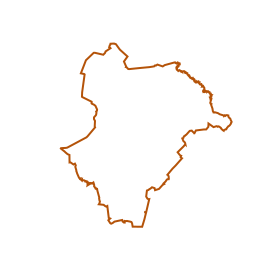 the district of Aizputes pag., Aizputes, Latvia, rotated 312°
{"feature_id": "27541924B9669965867606", "entity_name": "Aizputes pag.", "entity_type": "district", "adm_level": 2, "iso_a3": "LVA", "parent_name": "Latvia", "parent_adm1": "Aizputes", "projection": "orthographic", "projection_center": [21.546, 56.696], "detail": "fine", "context": "isolated", "style": "outline", "palette": "amber", "viewbox_px": 256, "rotation_deg": 312, "n_neighbors": 0, "source": "geoboundaries", "source_scale": "gbopen_adm2", "svg_char_len": 5839}
<svg xmlns="http://www.w3.org/2000/svg" viewBox="0 0 256 256"><g transform="rotate(312 128 128)"><path d="M190.0,201.0L190.4,200.8L191.2,200.9L191.8,201.3L192.4,201.4L192.8,201.9L194.2,201.5L196.5,201.4L197.1,201.7L198.0,201.8L200.0,201.6L200.8,201.1L201.3,201.2L202.0,200.8L202.6,199.1L203.4,197.7L203.3,196.1L203.6,195.1L204.4,194.2L204.1,193.9L204.0,193.3L203.2,192.3L202.1,192.2L202.0,191.3L201.0,191.3L201.2,190.7L201.0,189.8L200.8,189.6L199.6,187.0L199.2,184.8L197.8,182.0L197.1,181.7L196.9,181.3L197.1,181.2L197.1,180.5L197.3,179.8L199.0,177.7L200.5,174.9L201.1,173.9L201.6,173.9L201.4,173.0L201.7,172.3L202.6,172.0L203.5,171.2L204.2,171.1L205.5,170.4L204.8,169.7L205.3,169.1L205.5,168.6L205.8,168.9L206.6,168.3L206.7,168.6L206.6,168.9L206.8,168.9L207.5,168.7L207.6,168.3L208.4,168.2L207.8,167.5L207.9,167.2L208.4,167.2L208.3,166.7L208.7,166.5L208.6,166.4L208.7,166.0L208.4,165.9L208.4,165.7L209.0,164.9L208.6,164.7L208.7,164.3L208.9,164.2L209.0,163.9L208.6,163.3L208.9,163.0L208.9,162.8L208.4,162.4L208.2,162.9L208.0,162.5L207.7,162.5L207.9,162.2L207.9,161.9L207.5,161.9L207.4,161.1L207.1,161.1L206.9,161.3L206.5,160.9L206.3,161.1L205.9,160.9L205.8,160.6L205.9,160.4L205.4,160.1L205.5,160.0L205.3,159.6L205.6,159.1L206.4,158.8L207.3,159.1L207.3,158.9L207.9,158.9L208.0,158.6L208.3,158.5L208.6,158.0L209.0,157.7L209.1,157.0L209.2,156.7L209.4,156.0L209.4,155.8L209.2,155.8L209.3,155.6L208.7,155.3L209.3,155.1L209.1,154.8L209.2,154.5L209.0,154.4L209.7,153.1L209.4,152.9L209.0,153.0L209.0,152.7L208.5,152.1L208.9,151.0L209.6,150.7L209.0,150.2L209.6,149.6L209.2,149.3L209.5,148.9L208.7,148.5L208.3,148.5L208.4,148.1L207.8,148.3L207.6,147.9L207.2,147.9L207.1,147.4L207.9,146.8L207.8,146.3L207.2,146.3L207.1,146.1L207.2,145.9L207.7,145.8L207.6,145.3L207.7,145.1L208.5,145.0L208.6,144.7L208.5,143.7L208.3,143.5L208.4,143.2L207.8,143.4L207.8,143.0L208.1,143.0L208.0,142.6L207.5,142.6L207.7,141.8L207.4,141.4L207.2,141.5L207.1,141.2L207.4,140.5L207.0,140.2L207.3,139.3L207.3,138.9L207.7,139.0L208.1,138.5L208.1,137.9L207.5,137.2L207.5,136.8L207.7,136.6L207.9,136.1L207.8,135.5L208.0,135.6L208.4,135.4L208.3,135.0L207.9,134.7L208.1,134.3L207.2,133.7L207.2,133.4L207.3,133.2L208.0,132.9L208.0,132.7L207.8,132.4L207.8,132.0L207.7,131.8L207.7,131.5L206.9,131.0L206.7,131.0L206.5,130.7L206.2,130.6L206.0,130.8L206.0,130.5L206.3,130.1L206.1,129.7L205.6,130.4L205.5,130.2L205.4,129.8L205.7,129.7L205.7,129.2L205.5,128.5L205.4,128.4L205.5,127.6L205.4,127.5L204.0,127.2L204.5,125.2L204.9,124.7L204.3,124.7L204.5,124.3L205.2,124.2L205.5,123.9L206.9,124.2L206.8,123.9L206.5,123.6L206.1,123.5L206.0,123.3L207.6,123.2L208.0,123.6L208.5,123.7L209.2,122.8L209.4,122.8L209.7,123.7L209.9,123.9L210.2,123.7L210.6,123.0L210.5,122.9L209.8,122.9L209.8,122.4L209.9,121.8L209.8,121.6L210.0,121.2L209.9,121.0L209.1,121.2L208.4,121.0L208.2,120.1L208.4,119.6L208.3,119.1L207.8,118.9L207.7,118.6L199.3,113.2L197.0,112.6L194.8,107.4L193.1,107.0L192.8,106.4L192.3,106.1L191.5,106.3L190.3,105.4L187.6,103.2L180.0,96.2L172.6,89.5L172.0,88.7L172.2,86.4L171.9,85.7L172.4,85.6L174.7,80.5L180.8,79.8L180.8,69.8L181.0,68.5L182.2,63.0L182.1,62.6L181.5,61.3L181.3,61.3L180.9,60.6L178.9,58.6L178.2,59.1L177.3,59.1L175.4,60.0L175.7,61.1L175.6,61.6L169.9,60.1L168.5,60.7L165.9,60.6L161.7,53.0L160.9,52.2L150.2,51.4L137.1,56.4L138.8,59.4L138.8,59.9L123.9,70.0L120.4,72.9L120.4,73.3L123.2,83.4L122.9,83.8L122.0,84.3L121.9,84.6L121.9,85.1L122.5,86.8L122.7,88.9L121.1,92.6L120.0,93.4L118.9,93.3L118.3,94.3L116.4,95.5L115.2,95.6L113.2,95.6L111.9,96.7L111.2,98.7L106.8,102.3L106.5,103.1L95.0,103.5L93.3,103.4L72.8,96.0L71.7,95.2L68.5,92.0L68.1,91.7L67.8,91.8L68.1,96.7L68.0,98.3L68.1,98.6L68.1,100.5L68.8,102.5L63.3,107.6L63.9,108.0L64.1,109.4L64.4,111.9L66.0,112.4L65.3,114.2L63.9,114.8L62.0,117.9L61.4,118.4L61.2,118.9L60.1,120.8L58.3,124.8L58.1,126.0L58.5,126.2L58.4,126.4L58.7,126.6L58.0,126.9L58.1,127.2L58.1,127.5L58.3,128.0L58.5,128.4L58.3,128.5L58.5,128.5L58.1,128.8L58.1,129.0L58.3,128.9L58.6,129.1L58.8,129.0L59.0,129.4L59.7,130.3L60.0,131.6L59.7,131.9L60.1,132.3L60.3,132.8L60.5,132.7L60.6,133.1L60.8,133.1L60.9,133.3L61.0,133.5L60.9,134.3L60.5,133.8L60.0,133.8L60.0,134.2L60.1,135.0L59.0,135.7L59.0,136.0L58.8,136.1L59.4,136.2L59.0,136.5L60.0,136.8L60.7,136.2L60.9,136.2L61.0,136.4L60.9,136.8L61.0,137.1L61.3,137.1L61.6,136.7L61.8,136.6L62.2,137.1L61.9,137.6L62.0,137.8L62.5,138.1L62.8,138.0L63.1,138.3L63.8,138.5L64.0,138.9L64.3,138.9L63.8,139.8L63.3,140.0L63.4,140.3L63.2,140.6L63.0,141.1L62.0,141.8L61.7,143.1L61.9,143.7L61.4,144.1L61.2,144.6L61.4,145.0L61.9,145.2L62.1,145.7L61.0,147.1L57.0,153.3L56.4,153.6L55.1,155.2L54.7,156.2L52.9,157.2L51.8,157.4L54.6,161.3L54.7,163.3L55.1,164.7L55.4,164.5L56.2,164.8L48.3,173.9L48.8,175.3L46.3,175.1L45.4,178.5L45.6,179.5L47.2,180.2L49.4,180.6L55.7,185.2L54.9,186.6L55.0,188.2L55.5,188.8L56.7,187.7L57.4,188.8L58.2,189.4L60.0,192.5L60.4,193.5L59.9,194.8L57.8,197.5L64.1,204.6L71.1,201.3L76.7,198.3L76.7,197.2L77.0,197.0L77.5,197.9L89.3,191.4L88.7,191.0L88.7,190.2L88.5,189.8L89.2,187.4L94.2,183.9L95.7,184.7L97.0,184.8L97.8,185.2L100.0,185.5L101.1,188.0L99.9,189.7L103.5,191.8L108.8,191.8L110.6,192.4L110.6,191.5L113.4,191.7L115.6,191.4L116.4,191.6L117.2,192.5L117.6,192.3L119.3,190.5L119.7,189.4L119.6,188.6L127.6,188.3L131.9,188.5L141.6,188.4L141.5,188.0L141.6,186.5L142.9,186.1L142.6,185.4L142.7,183.9L143.2,181.1L151.5,181.6L154.1,181.5L154.1,181.8L155.0,180.6L155.3,179.8L155.4,179.3L155.3,178.1L156.6,175.3L157.6,175.8L158.2,175.6L158.7,175.3L159.6,175.2L160.3,175.6L161.2,175.5L161.8,175.8L166.8,175.8L167.3,175.9L168.7,177.1L168.6,178.0L168.5,180.6L168.4,180.8L168.5,180.9L171.6,180.1L177.7,185.4L179.3,187.1L182.7,186.9L185.2,184.8L185.9,191.0L188.5,192.5L188.8,192.8L188.9,193.8L189.9,194.3L190.2,196.1L190.1,196.9L190.2,197.0L189.9,197.7L189.8,199.9L190.0,201.0Z" fill="none" stroke="#b45309" stroke-width="2"/></g></svg>